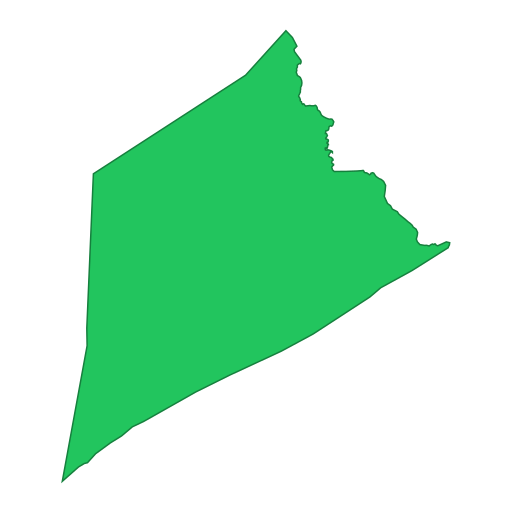 the district of Matagorda, Texas, United States of America
{"feature_id": "52423323B77931792505034", "entity_name": "Matagorda", "entity_type": "district", "adm_level": 2, "iso_a3": "USA", "parent_name": "United States of America", "parent_adm1": "Texas", "projection": "natural_earth1", "projection_center": [-95.78, 28.81], "detail": "fine", "context": "isolated", "style": "filled", "palette": "green", "viewbox_px": 512, "rotation_deg": 0, "n_neighbors": 0, "source": "geoboundaries", "source_scale": "gbopen_adm2", "svg_char_len": 2620}
<svg xmlns="http://www.w3.org/2000/svg" viewBox="0 0 512 512"><path d="M86.8,328.2L87.1,345.8L62.3,481.3L78.6,466.9L84.3,463.5L87.5,462.7L95.6,453.7L110.2,443.0L121.6,435.9L132.4,426.8L143.9,421.3L195.5,392.1L229.7,375.1L281.4,351.1L313.1,334.0L370.0,296.9L380.8,287.7L412.1,270.5L448.2,247.7L448.4,246.8L449.4,244.9L449.7,242.7L446.3,241.9L437.7,245.8L436.2,245.2L435.6,244.3L435.0,243.8L434.4,244.2L433.6,244.5L432.6,244.0L431.2,244.5L429.1,246.0L426.7,245.3L424.6,245.4L422.3,245.0L419.9,244.6L417.4,241.9L416.3,239.1L417.1,236.1L417.4,234.5L417.6,232.5L416.1,229.2L413.2,227.1L412.2,225.3L410.2,223.4L407.9,221.7L405.0,219.1L402.2,216.9L398.9,214.2L397.3,211.7L395.2,210.6L392.3,209.1L390.5,205.7L387.5,203.5L384.3,196.5L385.2,190.3L385.6,185.4L383.6,181.4L381.3,179.5L379.1,178.6L376.1,176.5L374.7,174.6L373.7,173.1L372.5,172.7L371.0,173.2L370.5,174.3L369.4,174.8L368.8,174.2L367.5,173.4L366.8,172.9L365.2,172.7L364.3,172.4L363.9,171.2L363.1,170.4L362.1,170.6L361.1,170.7L357.0,171.0L351.7,171.2L346.4,171.4L334.2,171.5L332.5,169.9L331.7,167.0L333.0,165.5L333.5,165.2L333.6,164.3L332.6,163.7L331.8,163.0L331.7,162.0L332.0,161.0L332.3,160.3L332.4,160.5L333.0,160.3L333.0,159.2L332.3,158.7L331.5,157.5L329.9,157.1L328.7,156.3L328.6,155.0L330.1,152.8L330.7,151.7L331.5,151.8L332.4,152.6L332.4,151.5L331.2,150.8L328.9,150.0L327.7,149.8L326.8,150.2L325.5,150.0L325.2,148.9L325.2,148.1L326.0,147.8L326.0,148.0L326.3,148.5L327.0,148.4L327.6,146.9L327.8,144.9L328.4,144.7L327.8,143.5L326.9,143.1L327.2,142.1L328.0,142.0L328.4,140.9L328.1,139.7L326.6,139.0L326.1,139.1L325.7,138.2L326.1,137.6L326.9,136.6L327.4,135.4L327.1,135.0L326.5,133.6L325.4,133.5L325.6,132.3L325.7,131.6L326.0,130.7L327.0,130.7L328.3,130.0L328.8,128.9L328.8,127.8L329.2,126.5L330.7,125.8L331.7,126.2L332.9,124.9L333.3,123.3L333.8,121.9L333.2,120.8L332.0,119.2L330.8,119.0L329.2,119.2L326.4,118.2L323.7,116.8L322.3,115.9L321.4,115.0L320.8,113.8L320.2,112.2L319.3,111.0L318.0,110.3L317.4,109.2L317.1,107.4L316.1,105.8L315.3,105.3L313.7,105.8L311.4,105.8L309.9,105.5L306.8,105.9L305.5,106.0L304.6,105.0L304.1,104.1L303.2,103.8L302.6,104.3L301.7,103.2L301.4,101.7L300.5,101.2L300.1,100.2L300.3,99.5L299.4,97.2L298.7,96.7L298.7,95.6L299.4,94.3L300.0,92.8L300.4,92.0L300.3,90.9L300.6,89.4L300.6,87.5L301.6,85.3L301.9,82.9L301.6,80.5L300.9,78.8L300.3,77.5L299.2,76.6L297.4,75.5L296.8,73.7L296.2,72.2L296.8,70.6L296.5,68.7L297.4,67.0L297.3,65.2L297.9,64.6L299.3,63.5L300.4,63.8L300.9,62.9L301.1,61.7L300.8,60.2L294.5,51.7L294.0,49.3L296.9,46.2L292.4,37.5L285.9,30.7L245.6,75.2L93.4,173.8L86.8,328.2Z" fill="#22c55e" stroke="#15803d" stroke-width="1.5"/></svg>